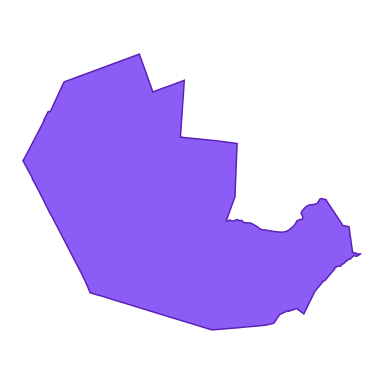 Zaragoza, Coahuila, Mexico
{"feature_id": "50627088B39725244996961", "entity_name": "Zaragoza", "entity_type": "district", "adm_level": 2, "iso_a3": "MEX", "parent_name": "Mexico", "parent_adm1": "Coahuila", "projection": "orthographic", "projection_center": [-101.085, 28.874], "detail": "fine", "context": "isolated", "style": "filled", "palette": "violet", "viewbox_px": 384, "rotation_deg": 0, "n_neighbors": 0, "source": "geoboundaries", "source_scale": "gbopen_adm2", "svg_char_len": 3725}
<svg xmlns="http://www.w3.org/2000/svg" viewBox="0 0 384 384"><path d="M23.0,160.8L31.4,176.3L31.7,176.8L32.7,179.6L33.0,180.1L38.5,190.3L46.0,205.2L49.9,213.1L52.3,217.2L56.8,226.0L58.7,229.6L60.2,232.4L67.9,247.3L73.6,258.4L74.7,260.5L80.0,270.6L81.7,273.8L82.7,275.9L83.6,277.9L84.6,279.8L86.6,284.4L87.2,285.7L87.8,287.1L88.6,289.1L89.5,291.2L90.2,292.8L93.5,293.8L96.8,294.8L98.8,295.3L102.3,296.2L103.5,296.6L113.8,299.9L123.0,302.7L137.5,307.1L152.7,311.8L165.4,315.7L168.8,316.8L190.4,323.3L210.0,329.3L212.1,329.9L226.8,328.7L230.3,328.4L233.7,328.1L237.9,327.8L242.2,327.3L257.4,326.0L259.4,325.8L264.6,325.3L265.7,325.1L266.1,325.1L271.1,323.9L273.8,323.3L276.8,318.8L279.0,315.5L279.5,314.7L279.8,314.5L284.6,312.2L287.9,310.7L288.4,311.3L290.6,310.6L292.0,310.2L293.5,309.7L296.6,308.5L298.6,310.0L299.8,310.9L300.7,311.6L301.9,312.4L303.3,313.4L303.8,313.9L307.0,307.3L310.0,301.3L310.1,301.0L310.5,300.2L311.5,298.2L312.8,295.6L313.7,293.8L314.7,291.6L314.8,291.4L315.6,290.6L317.5,288.2L320.1,285.1L322.6,282.1L322.4,281.6L324.1,280.8L324.8,280.5L325.0,280.5L328.5,276.3L333.8,270.0L334.5,269.5L334.4,268.8L334.6,268.4L334.7,268.2L334.9,267.8L335.0,267.7L335.4,267.6L335.7,267.5L335.8,267.5L336.1,267.2L336.2,266.9L336.9,266.5L337.0,266.5L337.8,266.3L340.5,266.1L341.7,264.8L342.4,264.0L343.6,263.7L344.3,263.0L344.8,262.5L345.8,261.0L346.4,261.1L346.8,261.0L348.4,259.5L348.6,259.3L349.2,259.1L350.6,259.0L350.9,258.3L350.9,258.2L351.1,257.9L352.2,257.2L353.1,256.1L354.5,255.7L354.9,255.6L355.3,255.7L356.0,256.3L357.0,256.2L357.8,255.5L359.0,254.9L359.8,254.4L360.6,253.9L360.8,253.7L361.0,253.5L360.8,253.6L358.5,254.1L357.1,253.7L354.9,252.8L354.6,252.9L353.6,253.1L353.4,252.8L353.2,252.4L352.6,252.3L351.2,242.6L350.9,240.2L349.6,231.3L349.0,226.7L346.4,226.2L345.8,226.1L345.5,226.0L343.1,225.7L334.7,213.0L326.5,200.7L326.1,199.7L323.2,199.0L321.2,198.6L319.7,199.2L318.7,201.0L317.6,203.1L316.2,203.8L313.9,204.4L310.8,204.8L308.8,205.1L306.3,206.5L304.0,208.6L302.6,210.6L301.4,212.0L301.2,213.7L301.3,213.8L302.0,215.0L303.0,217.4L302.8,218.5L301.3,219.4L298.8,219.9L296.9,220.9L296.5,221.7L296.0,222.7L295.7,223.2L294.5,225.1L291.3,228.1L288.4,230.3L285.9,231.6L282.2,232.2L278.9,232.0L275.2,231.6L271.4,231.1L270.5,230.9L269.7,230.8L266.1,230.0L263.8,229.8L262.6,229.8L260.5,229.1L258.8,228.0L257.4,226.8L255.2,225.5L253.4,224.4L252.7,224.2L251.7,223.5L250.5,223.0L249.7,223.0L248.6,223.0L248.1,222.8L247.1,222.9L246.9,222.8L245.7,222.8L244.6,222.7L243.7,222.4L243.3,222.2L243.1,222.1L242.7,221.3L242.5,221.1L242.2,221.0L241.8,220.7L241.4,220.3L241.0,220.4L240.6,220.6L240.0,220.7L239.6,220.7L239.4,220.8L239.2,221.0L239.0,220.9L238.7,220.7L238.4,220.6L238.3,220.3L238.4,220.1L238.0,219.9L237.1,219.7L236.7,219.7L236.3,219.7L236.2,219.7L235.6,220.0L235.2,220.3L234.9,220.6L234.5,220.7L234.1,220.8L233.7,220.8L233.4,220.9L233.0,221.0L232.4,221.0L232.0,220.8L231.0,220.7L230.3,220.2L229.9,220.1L229.4,220.0L229.0,220.1L228.7,220.3L228.3,221.1L228.0,221.1L226.7,221.0L226.2,220.9L228.9,213.6L232.1,204.6L232.9,202.5L234.9,197.0L235.1,195.4L235.2,191.3L235.4,184.8L235.7,177.4L236.4,160.8L236.5,157.3L236.5,157.2L236.7,153.1L236.9,149.2L237.0,146.3L237.1,143.5L222.9,141.6L214.5,140.6L205.8,139.7L203.2,139.4L186.2,137.8L183.9,137.5L183.8,137.4L180.4,137.1L181.6,119.8L182.5,106.5L183.3,95.5L183.3,95.4L184.3,80.3L172.1,84.9L166.0,87.1L163.8,87.9L163.6,87.9L160.4,89.1L157.3,90.3L152.9,92.0L151.4,87.9L150.9,86.2L148.7,80.4L146.2,73.2L141.1,59.0L139.3,54.1L119.9,61.3L113.6,63.6L105.0,66.8L83.6,74.7L79.2,76.3L64.1,81.9L60.4,89.8L57.1,96.9L50.2,111.8L48.3,111.5L43.9,120.1L44.4,120.1L41.0,126.6L33.4,141.2L27.1,153.3L25.4,156.4L23.0,160.8Z" fill="#8b5cf6" stroke="#5b21b6" stroke-width="1.5"/></svg>